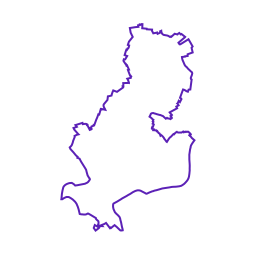 Phu Xuyen, Ha Noi, Vietnam (Mercator projection), rotated 79°
{"feature_id": "81297802B25831565259333", "entity_name": "Phu Xuyen", "entity_type": "district", "adm_level": 2, "iso_a3": "VNM", "parent_name": "Vietnam", "parent_adm1": "Ha Noi", "projection": "mercator", "projection_center": [105.908, 20.729], "detail": "fine", "context": "isolated", "style": "outline", "palette": "violet", "viewbox_px": 256, "rotation_deg": 79, "n_neighbors": 0, "source": "geoboundaries", "source_scale": "gbopen_adm2", "svg_char_len": 5757}
<svg xmlns="http://www.w3.org/2000/svg" viewBox="0 0 256 256"><g transform="rotate(79 128 128)"><path d="M227.4,152.7L226.4,152.6L225.2,152.7L223.4,152.8L219.2,152.8L216.9,153.0L215.2,153.0L214.3,153.2L213.5,153.4L211.3,154.8L210.0,155.8L208.2,156.9L204.8,157.7L203.7,157.7L202.6,157.7L201.0,157.4L200.0,157.1L199.4,156.6L198.6,154.1L198.2,152.8L196.6,148.5L196.0,147.1L194.5,142.4L193.7,140.3L193.3,138.9L192.6,137.1L192.0,135.7L191.4,133.6L191.2,132.8L191.1,131.9L191.0,130.8L191.2,129.4L191.6,128.3L192.1,127.4L192.7,126.7L194.9,123.9L195.7,123.0L196.0,122.6L196.0,121.8L195.7,120.7L195.3,119.0L194.8,116.3L194.8,115.3L194.6,114.5L194.5,113.3L194.5,112.2L194.3,109.8L194.1,107.7L193.9,105.9L194.2,98.6L194.2,96.0L194.8,91.9L195.0,88.8L194.9,86.8L194.4,85.4L193.5,83.4L192.3,81.7L190.8,79.8L190.0,79.1L189.0,78.3L187.3,77.4L184.7,76.5L181.3,75.5L180.0,75.3L176.8,74.6L174.8,74.3L170.7,73.8L168.1,73.3L165.9,72.9L163.3,72.0L161.0,71.2L158.6,70.1L158.1,70.0L157.1,69.4L155.8,68.3L154.4,66.9L152.7,65.1L150.3,67.0L149.9,67.3L147.8,68.3L147.5,68.5L147.5,68.8L147.3,68.9L147.0,69.1L146.8,68.6L146.5,68.8L146.2,68.3L146.4,68.0L146.2,67.6L145.6,67.8L144.6,68.5L143.2,69.5L143.0,69.9L143.1,70.8L142.9,71.0L142.8,71.3L142.9,72.0L142.6,72.1L142.5,72.8L142.9,74.0L142.0,74.5L142.7,76.3L142.0,79.6L141.8,80.0L141.6,80.5L141.1,80.8L141.6,82.1L142.0,82.7L143.0,84.0L142.6,84.5L144.8,87.6L145.2,88.5L145.7,89.2L146.6,90.2L149.1,92.5L148.8,92.8L146.2,94.0L145.4,94.5L144.4,94.7L142.3,95.9L142.0,96.1L141.6,96.6L141.3,96.8L141.6,97.2L141.8,97.6L139.5,98.0L139.1,98.4L138.9,98.9L136.5,99.9L136.6,100.5L135.7,100.7L135.0,103.5L134.2,102.9L133.2,104.7L132.6,104.6L131.4,103.8L131.6,103.3L129.4,102.0L128.5,103.0L126.9,101.9L126.2,102.5L124.8,101.5L124.0,102.3L122.8,103.0L121.9,103.8L121.0,104.7L119.6,103.6L118.4,102.8L118.1,102.1L118.0,101.3L118.1,101.0L118.1,100.4L118.3,100.1L118.8,99.2L119.2,98.3L119.7,97.5L120.8,95.3L121.2,94.5L121.4,93.8L122.3,92.5L122.7,91.8L122.9,91.5L123.1,91.3L126.1,89.1L125.5,87.8L126.1,87.3L126.1,87.0L126.6,86.0L126.8,85.4L127.2,84.8L126.8,84.6L126.5,84.4L126.5,84.0L126.9,83.5L126.5,83.0L125.1,83.4L124.3,83.9L123.6,82.4L123.3,82.5L122.3,83.3L120.6,84.1L119.4,80.4L118.0,76.0L116.2,76.5L115.4,74.0L114.5,74.3L113.7,74.7L113.4,74.9L113.3,74.6L111.0,73.0L112.5,72.1L109.8,70.0L109.4,70.1L109.0,70.4L108.3,71.2L100.7,66.6L101.1,65.8L101.7,65.0L102.3,64.2L102.9,63.8L103.8,62.3L101.9,61.2L102.1,59.5L92.6,56.3L92.4,56.6L92.0,56.8L91.5,56.9L91.1,56.8L90.6,56.7L88.2,55.2L86.6,54.5L86.1,54.5L85.6,54.6L85.2,54.8L84.6,55.4L83.4,56.2L81.2,57.8L79.5,58.7L78.3,59.7L76.7,60.4L74.7,60.8L71.6,61.5L69.6,61.6L68.6,61.5L68.8,58.4L68.5,58.3L68.7,55.7L67.0,55.4L66.2,50.1L61.4,50.3L60.3,49.0L56.4,50.3L52.4,51.7L55.1,58.7L55.5,59.9L55.8,60.5L55.8,61.1L55.7,61.4L55.4,61.5L54.8,61.9L53.9,62.2L53.2,60.9L49.9,55.0L49.5,54.5L45.9,57.6L46.2,58.4L44.5,59.5L45.1,61.0L45.6,61.6L44.4,64.2L46.7,68.0L46.3,68.3L46.7,69.3L46.1,70.0L45.3,70.8L45.2,71.0L44.6,72.1L44.2,73.2L43.7,74.5L43.3,75.4L42.3,76.3L41.7,76.6L40.2,76.9L38.9,76.8L39.2,78.0L40.5,77.9L41.2,81.0L39.8,81.3L39.9,81.6L39.9,85.1L37.2,85.9L36.0,85.6L34.7,90.7L34.1,90.7L32.8,95.0L28.8,94.0L28.6,94.8L28.9,95.3L29.1,96.1L28.7,96.2L28.6,96.5L29.1,96.5L29.1,98.5L30.7,98.5L30.4,101.6L30.2,107.1L34.9,107.2L39.5,106.0L43.4,110.6L46.4,112.3L47.2,111.1L49.0,111.9L50.0,112.7L49.9,113.4L51.2,114.2L50.9,114.7L52.4,115.6L55.8,117.4L57.2,115.1L60.1,117.7L60.1,118.5L59.8,119.0L61.0,119.6L61.4,119.6L64.7,118.2L64.7,117.9L66.5,117.6L66.3,117.0L68.0,116.6L70.9,115.9L70.9,116.1L71.0,117.0L76.9,116.0L76.9,115.6L78.1,115.0L78.7,115.6L79.3,115.7L79.5,119.3L80.3,119.0L81.2,118.8L83.6,118.4L84.0,118.5L83.8,119.0L83.7,119.9L83.0,124.1L85.0,124.4L86.3,124.6L86.1,125.3L87.4,125.3L89.2,129.3L90.4,131.9L88.3,135.3L89.1,135.8L89.3,136.0L91.3,137.2L93.0,138.0L93.1,139.9L93.1,140.7L93.1,141.7L96.5,142.8L100.0,147.1L100.5,147.5L101.2,147.7L101.8,147.8L103.2,147.6L104.9,147.0L105.8,146.8L104.9,148.9L104.3,150.2L104.7,150.4L104.2,151.1L109.3,153.7L108.9,154.5L111.8,156.2L113.8,157.6L118.8,160.6L118.5,161.2L119.2,161.5L119.5,163.5L120.5,164.0L120.6,164.8L121.5,164.2L122.0,163.9L122.4,164.6L122.4,164.8L122.6,165.9L119.5,166.8L118.6,166.9L117.5,167.7L116.9,167.2L116.2,167.9L115.9,168.6L115.7,169.7L115.6,171.6L114.3,171.7L115.1,179.0L117.1,178.0L117.6,181.5L119.4,181.0L124.2,178.2L124.8,177.8L124.9,179.5L125.6,182.0L126.6,182.0L128.8,183.4L130.0,184.2L131.9,185.1L134.0,186.4L134.7,187.1L135.3,187.9L135.9,188.9L137.7,188.5L141.5,186.2L145.0,184.3L146.8,182.9L147.6,183.4L148.9,181.4L150.0,181.1L152.0,180.5L159.3,177.7L161.0,177.1L163.2,177.0L166.9,176.7L167.9,176.3L169.4,175.8L170.2,175.3L171.1,175.2L172.1,176.0L173.4,177.5L173.9,178.5L174.5,180.9L174.5,188.5L174.4,190.8L172.7,192.0L171.2,193.6L171.0,195.1L170.9,196.2L171.2,198.3L171.5,199.4L172.0,200.6L172.7,201.7L173.3,202.4L174.2,203.0L175.3,203.5L176.8,204.2L179.9,205.4L184.7,206.8L185.2,207.0L185.4,206.2L185.1,205.4L184.5,203.9L184.1,202.2L184.0,201.3L184.3,200.1L184.5,199.3L185.7,197.8L187.6,195.9L190.3,194.0L192.5,193.0L195.8,192.3L198.4,192.0L203.2,191.8L203.8,190.4L204.1,189.2L204.5,187.9L204.6,187.5L204.8,186.2L204.8,185.8L204.7,185.3L204.7,185.0L204.4,184.3L204.3,183.6L204.4,183.4L204.7,183.0L206.3,181.1L208.2,179.0L209.1,178.0L209.3,177.8L210.3,176.7L211.3,176.7L212.1,176.2L213.8,174.9L214.7,174.9L215.4,175.0L215.9,175.1L217.5,176.0L218.1,175.0L219.5,176.2L216.9,179.1L219.6,180.7L222.5,179.4L221.3,176.9L220.6,175.6L220.2,175.2L219.0,174.3L218.8,174.2L219.1,173.3L219.4,172.0L218.3,172.7L217.9,170.6L217.7,169.5L217.4,168.7L217.0,167.7L218.2,167.1L222.9,164.8L222.4,164.1L222.9,163.7L221.7,161.5L220.8,159.7L221.7,159.0L222.9,158.0L226.9,155.2L227.2,154.7L227.4,153.8L227.4,152.7Z" fill="none" stroke="#5b21b6" stroke-width="2"/></g></svg>